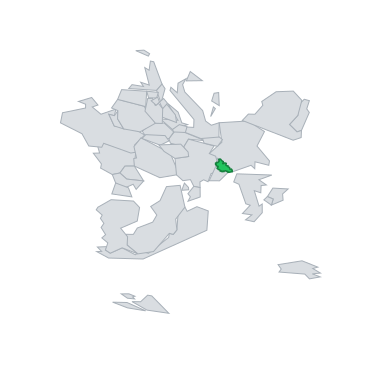 Europe, with Belgium highlighted, rotated 193°
{"feature_id": "BEL", "entity_name": "Belgium", "entity_type": "country or territory", "adm_level": 0, "iso_a3": "BEL", "parent_name": "Europe", "parent_adm1": "", "projection": "robinson", "projection_center": [4.727, 50.501], "detail": "fine", "context": "in_parent", "style": "filled", "palette": "green", "viewbox_px": 384, "rotation_deg": 193, "n_neighbors": 37, "source": "natural_earth", "source_scale": "50m", "svg_char_len": 9203}
<svg xmlns="http://www.w3.org/2000/svg" viewBox="0 0 384 384"><g transform="rotate(193 192 192)"><path d="M187.3,68.6L209.3,66.8L225.8,71.7L217.4,73.5L212.0,81.5L207.8,81.7L187.3,68.6ZM271.8,117.1L262.4,119.7L263.3,116.0L257.9,114.0L247.5,121.9L233.1,118.1L228.3,123.2L220.7,122.4L204.5,142.5L204.8,146.6L200.7,146.5L198.2,151.7L200.8,168.4L195.5,175.7L192.4,172.1L183.9,178.8L171.9,177.2L168.9,158.1L224.6,115.7L258.4,108.9L271.4,112.5L266.7,113.8L271.8,117.1ZM244.6,66.8L230.5,69.7L210.4,65.8L228.8,64.6L244.6,66.8ZM238.0,76.8L230.6,78.6L224.2,77.6L226.3,76.4L223.9,74.9L231.0,74.0L238.0,76.8Z" fill="#d9dde1" stroke="#a8b0b8" stroke-width="1"/><path d="M157.4,220.6L183.8,233.3L174.1,247.2L181.1,265.6L153.4,273.8L135.0,267.2L139.0,251.4L123.5,239.7L123.2,235.3L137.4,235.6L136.1,228.8L140.5,231.3L157.4,220.6ZM188.0,278.5L190.8,269.7L190.3,279.7L188.0,278.5Z" fill="#d9dde1" stroke="#a8b0b8" stroke-width="1"/><path d="M195.5,175.7L201.8,161.9L198.2,151.7L200.7,146.5L204.8,146.6L216.1,125.3L230.9,119.5L243.3,125.7L246.5,136.0L239.6,137.5L237.2,144.6L223.5,153.8L221.1,161.6L229.0,168.6L221.2,176.4L218.1,191.5L205.1,195.8L195.5,175.7Z" fill="#d9dde1" stroke="#a8b0b8" stroke-width="1"/><path d="M273.6,191.1L286.4,194.7L286.6,199.0L296.9,207.6L290.8,209.2L294.0,215.0L289.0,219.6L255.8,218.1L254.0,204.3L263.2,202.1L266.5,194.3L273.6,191.1Z" fill="#d9dde1" stroke="#a8b0b8" stroke-width="1"/><path d="M315.4,253.6L323.0,254.7L311.0,261.5L303.2,255.6L308.3,252.4L298.2,247.3L284.8,255.7L284.8,248.9L290.5,249.0L282.6,238.8L264.6,241.1L250.9,236.9L258.5,224.9L255.8,218.1L260.4,216.2L289.0,219.6L290.0,215.3L302.9,213.6L312.3,224.0L335.7,229.8L336.0,240.1L314.6,249.9L315.4,253.6Z" fill="#d9dde1" stroke="#a8b0b8" stroke-width="1"/><path d="M254.0,204.3L256.3,211.5L253.7,212.7L258.8,223.2L253.9,233.3L221.9,224.9L211.1,209.8L211.0,205.2L226.6,198.7L254.0,204.3Z" fill="#d9dde1" stroke="#a8b0b8" stroke-width="1"/><path d="M226.5,238.7L222.4,247.4L215.8,248.9L190.7,244.9L207.3,242.7L210.1,234.2L224.0,234.7L226.5,238.7Z" fill="#d9dde1" stroke="#a8b0b8" stroke-width="1"/><path d="M250.9,236.9L254.2,240.2L246.9,249.6L234.6,253.0L223.3,246.4L226.5,238.7L250.9,236.9Z" fill="#d9dde1" stroke="#a8b0b8" stroke-width="1"/><path d="M272.7,238.1L282.6,238.8L290.5,249.0L284.8,248.9L282.5,254.6L281.0,246.6L272.7,238.1Z" fill="#d9dde1" stroke="#a8b0b8" stroke-width="1"/><path d="M282.5,254.6L289.3,255.8L285.3,265.5L257.5,264.8L243.1,250.8L256.1,238.9L272.7,238.1L281.0,246.6L282.5,254.6Z" fill="#d9dde1" stroke="#a8b0b8" stroke-width="1"/><path d="M266.5,194.3L263.2,202.1L254.0,204.3L241.6,191.9L258.5,189.9L266.5,194.3Z" fill="#d9dde1" stroke="#a8b0b8" stroke-width="1"/><path d="M268.4,183.6L273.6,191.1L266.5,194.3L258.5,189.9L241.6,191.9L247.0,182.0L251.1,186.3L258.5,180.8L268.4,183.6Z" fill="#d9dde1" stroke="#a8b0b8" stroke-width="1"/><path d="M269.7,172.1L268.4,183.6L254.9,181.8L249.5,173.7L269.7,172.1Z" fill="#d9dde1" stroke="#a8b0b8" stroke-width="1"/><path d="M211.0,205.2L216.1,220.9L203.3,225.8L210.1,234.2L207.3,242.7L180.9,241.8L183.8,233.3L177.0,232.2L174.0,226.6L173.7,216.5L177.6,214.2L178.7,205.6L183.4,206.5L186.5,203.6L185.1,198.1L191.5,197.9L196.3,203.7L203.4,201.0L211.0,205.2Z" fill="#d9dde1" stroke="#a8b0b8" stroke-width="1"/><path d="M255.9,262.2L257.5,264.8L285.3,265.5L283.6,275.9L258.8,280.0L255.9,262.2Z" fill="#d9dde1" stroke="#a8b0b8" stroke-width="1"/><path d="M278.6,317.1L270.7,319.4L264.4,317.2L265.1,314.6L278.6,317.1ZM249.4,283.0L276.9,278.6L274.6,283.1L263.0,283.9L266.7,287.4L257.7,286.6L266.0,302.6L261.2,301.0L262.0,310.2L258.6,310.3L245.5,290.4L249.4,283.0Z" fill="#d9dde1" stroke="#a8b0b8" stroke-width="1"/><path d="M249.4,283.0L245.5,290.4L241.5,286.6L242.2,271.7L249.4,283.0Z" fill="#d9dde1" stroke="#a8b0b8" stroke-width="1"/><path d="M225.1,248.5L239.4,256.1L221.8,258.7L235.9,273.0L223.5,266.7L217.5,257.1L211.4,256.7L225.1,248.5Z" fill="#d9dde1" stroke="#a8b0b8" stroke-width="1"/><path d="M191.2,242.3L195.1,248.6L180.2,252.9L174.1,249.9L177.4,242.2L191.2,242.3Z" fill="#d9dde1" stroke="#a8b0b8" stroke-width="1"/><path d="M172.8,226.9L174.7,230.6L172.3,230.2L172.8,226.9Z" fill="#d9dde1" stroke="#a8b0b8" stroke-width="1"/><path d="M177.8,206.8L174.5,222.7L161.1,219.4L167.7,209.1L177.8,206.8Z" fill="#d9dde1" stroke="#a8b0b8" stroke-width="1"/><path d="M99.2,276.6L103.2,274.2L112.2,279.7L106.1,290.4L108.1,300.0L103.5,307.6L98.2,307.4L98.9,298.8L95.6,295.9L99.2,276.6Z" fill="#d9dde1" stroke="#a8b0b8" stroke-width="1"/><path d="M105.6,306.0L106.1,290.4L112.2,279.7L103.2,274.2L99.2,276.6L97.9,269.6L105.1,265.2L159.1,273.0L154.6,280.6L148.2,281.9L142.5,292.4L144.4,295.9L132.6,308.6L116.0,313.1L105.6,306.0Z" fill="#d9dde1" stroke="#a8b0b8" stroke-width="1"/><path d="M117.5,204.5L114.1,214.0L99.0,216.6L103.3,210.5L101.4,204.5L111.7,197.1L111.3,203.4L117.5,204.5Z" fill="#d9dde1" stroke="#a8b0b8" stroke-width="1"/><path d="M195.4,246.1L211.8,248.5L212.7,254.0L204.9,255.3L206.4,263.1L236.3,286.0L236.1,289.3L228.7,285.4L230.1,294.9L223.4,301.0L225.3,294.5L221.5,287.8L199.9,273.7L194.7,264.2L188.2,261.4L181.1,265.6L178.1,251.6L195.4,246.1ZM207.0,302.8L222.5,299.0L220.8,309.0L207.0,302.8ZM184.9,282.3L193.3,285.1L192.7,293.2L188.4,294.9L184.9,282.3Z" fill="#d9dde1" stroke="#a8b0b8" stroke-width="1"/><path d="M191.5,197.9L185.1,198.1L182.9,189.0L193.8,182.1L192.5,187.0L195.6,189.4L191.5,197.9ZM202.3,191.4L201.4,199.0L196.5,195.7L195.7,193.4L202.3,191.4Z" fill="#d9dde1" stroke="#a8b0b8" stroke-width="1"/><path d="M117.5,204.5L111.3,203.4L111.7,197.1L120.2,200.5L117.5,204.5ZM131.6,207.3L123.5,193.3L120.9,196.1L118.9,187.6L124.8,177.0L133.6,176.9L128.5,183.2L138.0,182.4L132.3,192.2L136.9,192.6L148.0,210.1L153.6,211.2L152.4,219.8L118.0,226.5L129.6,219.0L121.1,215.6L126.1,213.8L124.8,206.7L131.6,207.3Z" fill="#d9dde1" stroke="#a8b0b8" stroke-width="1"/><path d="M89.2,133.6L87.7,137.0L91.8,140.6L69.3,149.7L52.5,147.1L57.1,144.6L48.6,141.9L56.4,139.3L48.0,138.1L58.0,133.8L63.6,137.4L89.2,133.6Z" fill="#d9dde1" stroke="#a8b0b8" stroke-width="1"/><path d="M211.8,248.5L223.3,246.4L225.1,248.5L219.5,254.8L211.6,254.6L211.8,248.5Z" fill="#d9dde1" stroke="#a8b0b8" stroke-width="1"/><path d="M263.3,116.0L262.6,123.5L269.5,127.0L266.6,131.0L272.6,137.0L270.8,141.6L275.3,145.7L274.3,149.3L281.3,153.1L280.3,156.0L269.1,166.3L247.0,170.0L239.6,165.1L238.8,151.4L253.4,140.7L244.7,133.9L243.3,125.7L230.9,119.5L247.5,121.9L257.9,114.0L263.3,116.0Z" fill="#d9dde1" stroke="#a8b0b8" stroke-width="1"/><path d="M252.8,232.9L249.9,237.5L230.9,240.9L225.9,236.6L233.5,230.5L252.8,232.9Z" fill="#d9dde1" stroke="#a8b0b8" stroke-width="1"/><path d="M216.1,220.9L228.4,225.3L234.9,230.4L213.7,236.1L204.8,230.1L203.3,225.8L216.1,220.9Z" fill="#d9dde1" stroke="#a8b0b8" stroke-width="1"/><path d="M236.4,271.9L225.5,263.4L222.7,256.2L239.5,258.4L240.4,266.3L236.4,271.9Z" fill="#d9dde1" stroke="#a8b0b8" stroke-width="1"/><path d="M255.5,274.0L258.8,280.0L247.2,281.5L247.6,275.6L255.5,274.0Z" fill="#d9dde1" stroke="#a8b0b8" stroke-width="1"/><path d="M236.4,252.1L243.1,250.8L256.0,260.2L256.2,273.1L251.5,274.4L247.3,268.1L244.7,270.9L239.3,266.6L236.4,252.1Z" fill="#d9dde1" stroke="#a8b0b8" stroke-width="1"/><path d="M243.9,272.3L240.7,276.7L235.9,273.0L239.3,266.6L243.9,272.3Z" fill="#d9dde1" stroke="#a8b0b8" stroke-width="1"/><path d="M246.8,276.8L243.9,272.3L246.4,268.5L252.3,271.7L246.8,276.8Z" fill="#d9dde1" stroke="#a8b0b8" stroke-width="1"/><path d="M165.4,219.2L165.8,219.4L166.1,219.4L166.2,219.0L166.4,218.8L166.7,218.7L166.8,218.8L167.1,219.0L167.3,219.0L167.9,218.6L168.0,218.7L168.2,218.8L168.2,219.1L168.3,219.1L168.8,219.1L169.0,218.9L169.2,218.7L169.3,218.8L169.4,219.1L169.5,219.4L170.0,219.8L170.5,220.0L171.1,219.9L171.3,219.8L171.6,220.1L171.9,220.3L172.6,220.5L172.8,220.6L172.9,220.8L172.9,221.0L172.6,221.6L172.6,221.8L172.1,222.3L172.2,222.6L172.3,222.8L172.6,222.9L172.8,222.9L173.3,223.0L173.7,223.0L173.8,223.1L174.3,223.4L174.5,223.6L174.9,223.9L174.6,224.2L174.6,224.3L174.7,224.5L175.2,224.5L175.4,224.7L175.4,225.0L175.5,225.5L174.6,226.0L174.4,226.6L174.2,226.5L173.7,226.4L173.2,226.9L172.9,227.3L172.8,227.6L172.6,227.9L172.5,228.2L172.6,228.3L172.5,228.6L172.8,228.9L172.9,229.0L173.2,229.6L173.0,230.0L172.9,230.1L172.4,230.2L172.0,230.3L171.6,230.4L171.1,230.1L170.7,229.7L170.4,229.4L170.1,229.3L169.6,229.1L169.3,228.9L169.1,228.7L168.7,228.7L168.4,228.7L168.3,228.3L168.3,227.9L168.1,227.7L168.4,226.6L168.2,226.5L167.7,226.8L167.5,227.1L167.4,227.4L166.9,227.6L166.1,227.7L165.1,227.6L165.0,227.4L165.2,227.1L165.2,226.9L165.1,226.6L165.0,226.4L165.1,226.1L165.1,225.9L164.5,225.5L164.1,225.4L163.7,225.4L163.3,225.4L163.1,225.4L163.0,225.5L162.9,225.6L162.7,225.5L162.6,224.7L162.4,224.6L161.9,224.5L161.1,224.4L160.9,224.3L160.8,223.9L160.7,223.5L160.5,223.1L160.4,223.0L160.1,222.8L159.7,222.9L159.3,223.1L159.0,223.2L158.9,223.2L158.5,223.0L158.1,222.6L157.7,222.2L157.8,221.8L157.6,221.6L157.5,221.2L157.4,220.9L159.5,219.9L160.7,219.4L161.3,219.3L161.4,219.8L161.5,219.9L161.7,220.0L161.9,220.1L162.1,219.9L162.4,219.8L162.9,219.9L163.2,220.0L163.3,220.1L163.6,220.2L163.9,220.3L164.5,220.0L165.2,219.7L165.3,219.4L165.4,219.2Z" fill="#22c55e" stroke="#15803d" stroke-width="1.5"/></g></svg>